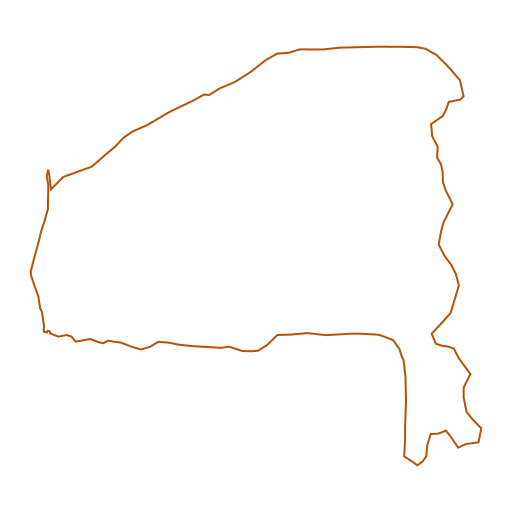 the district of Tuobo, River Gee, Liberia
{"feature_id": "62588387B28588993408977", "entity_name": "Tuobo", "entity_type": "district", "adm_level": 2, "iso_a3": "LBR", "parent_name": "Liberia", "parent_adm1": "River Gee", "projection": "equal_earth", "projection_center": [-7.667, 5.015], "detail": "fine", "context": "isolated", "style": "outline", "palette": "amber", "viewbox_px": 512, "rotation_deg": 0, "n_neighbors": 0, "source": "geoboundaries", "source_scale": "gbopen_adm2", "svg_char_len": 1964}
<svg xmlns="http://www.w3.org/2000/svg" viewBox="0 0 512 512"><path d="M404.1,456.3L408.8,459.3L417.4,465.3L422.8,461.2L426.2,456.4L427.4,444.6L430.7,434.1L438.5,433.6L445.9,430.6L451.2,437.3L458.1,447.6L466.3,443.9L478.5,442.4L481.3,428.3L471.8,418.5L466.5,411.7L463.6,397.4L463.7,387.6L470.4,374.0L458.8,358.3L453.9,348.7L448.4,346.6L442.6,345.9L435.8,343.7L431.7,333.7L443.1,321.4L450.6,313.0L458.9,285.5L455.9,274.1L451.5,265.1L444.9,256.5L438.7,244.6L441.0,231.6L441.6,229.5L443.6,222.3L452.6,204.5L449.4,197.7L445.8,190.6L443.0,182.5L442.6,171.7L441.0,164.2L437.1,157.6L437.7,146.7L433.8,139.3L432.2,136.2L431.1,124.1L437.2,119.9L442.6,116.2L445.9,110.0L448.8,101.9L460.2,99.6L463.6,96.3L459.9,80.2L447.9,66.3L436.5,55.0L425.6,48.8L417.0,47.2L400.7,46.8L391.7,46.8L378.4,46.7L340.7,47.6L322.4,49.5L299.5,49.4L288.9,52.8L277.1,53.6L267.0,59.4L265.7,60.1L251.0,71.7L234.7,82.1L219.7,88.4L210.6,94.0L209.1,95.0L203.9,94.6L193.6,100.4L175.4,109.1L169.5,111.9L147.4,125.0L132.5,131.5L123.6,137.7L115.6,146.2L104.7,155.4L91.8,166.6L63.2,177.0L51.0,189.4L49.1,173.6L48.2,169.7L46.7,176.2L47.8,182.2L48.3,185.2L48.1,197.0L47.9,209.0L44.4,221.6L41.0,231.9L39.1,240.0L33.0,262.5L30.7,271.8L31.0,273.7L31.3,276.6L32.1,278.7L33.9,284.0L38.3,296.5L40.2,308.4L42.0,311.9L44.0,325.9L43.7,331.6L46.8,332.5L47.8,330.8L49.9,331.5L50.4,332.7L50.2,333.5L58.5,336.6L66.8,335.0L71.4,336.6L75.7,341.6L82.3,340.5L90.0,339.0L98.3,342.1L103.2,343.2L104.4,342.6L108.3,340.6L113.5,341.7L120.6,342.5L130.6,346.4L140.7,349.5L150.1,346.8L158.4,341.8L160.1,342.0L168.7,342.6L178.2,344.6L193.4,346.2L221.1,347.8L229.2,346.7L242.3,351.0L251.3,351.2L257.9,350.8L264.5,346.7L267.1,345.0L277.4,335.0L280.9,334.9L290.6,334.6L307.2,333.1L321.8,334.7L327.2,335.1L332.1,334.8L350.7,333.7L359.7,333.7L378.6,334.7L386.1,337.4L393.2,340.2L399.5,349.1L402.1,357.6L403.5,359.5L405.5,376.6L406.0,400.9L405.3,420.7L405.1,425.3L405.1,440.4L404.1,456.3Z" fill="none" stroke="#b45309" stroke-width="2"/></svg>